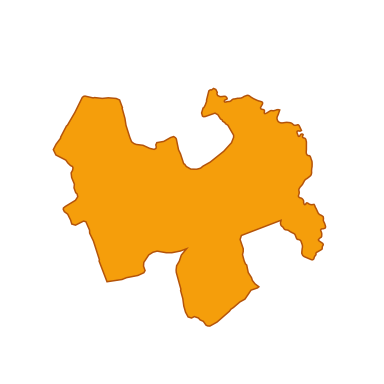 outline of Agua Blanca, Jutiapa, Guatemala, rotated 337°
{"feature_id": "79465075B57715659618061", "entity_name": "Agua Blanca", "entity_type": "district", "adm_level": 2, "iso_a3": "GTM", "parent_name": "Guatemala", "parent_adm1": "Jutiapa", "projection": "orthographic", "projection_center": [-89.553, 14.461], "detail": "fine", "context": "isolated", "style": "filled", "palette": "amber", "viewbox_px": 384, "rotation_deg": 337, "n_neighbors": 0, "source": "geoboundaries", "source_scale": "gbopen_adm2", "svg_char_len": 5815}
<svg xmlns="http://www.w3.org/2000/svg" viewBox="0 0 384 384"><g transform="rotate(337 192 192)"><path d="M255.1,115.2L253.3,113.2L253.3,111.3L254.2,110.2L254.0,106.9L252.3,105.1L249.9,105.7L248.7,105.1L247.0,105.5L241.2,113.2L241.0,114.1L238.0,117.3L235.8,119.0L235.0,119.0L231.7,123.0L231.3,126.2L231.9,127.1L233.5,127.7L244.0,128.4L246.0,131.0L246.8,135.9L247.9,137.4L247.9,138.8L249.4,141.1L249.5,142.2L251.1,144.5L252.5,155.9L251.7,157.9L247.6,162.1L237.2,166.9L220.4,171.6L212.2,172.5L209.2,173.4L205.3,172.9L199.9,170.5L196.7,166.3L196.1,163.5L195.4,162.7L196.3,152.3L196.1,147.9L198.3,137.0L198.0,135.6L196.8,133.8L193.6,133.5L185.8,134.4L178.9,132.8L177.1,134.5L176.7,136.6L175.8,137.8L173.8,138.0L170.1,135.3L165.2,129.9L159.2,126.4L157.4,124.6L156.0,122.1L156.1,117.4L157.3,104.8L159.0,98.1L160.4,87.7L160.9,87.3L161.3,79.0L158.8,76.3L151.8,72.6L146.0,70.8L139.2,67.0L137.8,66.8L131.0,61.9L129.6,61.6L127.9,62.1L115.3,73.0L103.5,81.8L102.2,82.2L92.5,90.2L92.1,91.1L85.7,94.8L80.9,98.8L81.2,104.8L88.3,113.3L89.1,116.9L90.5,120.2L91.9,121.8L91.9,123.3L90.5,125.4L88.2,127.2L86.9,131.6L86.8,138.8L85.0,142.1L84.7,147.2L85.5,148.9L85.0,151.7L81.5,154.1L69.8,155.8L67.4,156.5L66.7,157.7L66.8,160.2L68.9,163.8L69.3,170.3L68.8,174.5L71.8,177.0L80.8,176.4L82.7,177.9L82.8,187.0L81.7,189.9L82.1,198.6L80.3,218.1L79.5,219.3L78.7,241.4L93.4,245.2L98.4,245.3L109.6,247.7L116.1,247.5L118.1,246.0L118.4,241.3L120.1,238.0L127.6,233.0L132.5,232.2L136.8,232.8L144.5,237.8L149.6,240.0L158.3,241.8L164.8,242.1L157.5,245.9L153.3,250.7L149.0,253.9L146.9,257.6L146.1,259.9L143.8,277.1L143.0,278.3L141.9,286.5L139.9,293.7L139.1,300.1L139.6,305.5L142.3,307.8L145.5,307.6L148.7,310.5L149.5,312.9L151.9,315.5L152.9,320.1L154.1,321.4L156.1,322.4L164.3,321.5L179.8,316.4L182.0,315.1L185.1,314.5L193.2,311.9L198.9,311.3L208.0,305.4L214.8,305.9L216.5,305.4L214.1,301.1L213.0,297.0L213.3,294.1L212.3,288.1L213.8,280.6L213.1,279.1L213.1,275.8L214.0,269.4L215.9,266.8L217.0,264.2L217.7,254.5L220.5,251.3L262.9,252.8L262.4,253.6L261.8,254.3L261.2,255.3L261.0,256.4L260.9,257.4L261.1,258.2L261.6,259.1L261.9,259.6L262.2,260.9L262.3,261.8L262.7,262.7L263.3,263.3L264.5,264.0L265.5,264.7L266.0,265.4L266.5,266.3L267.6,267.8L269.1,269.5L269.9,270.5L270.2,271.5L270.1,274.6L270.1,275.9L270.5,276.8L271.5,277.4L272.1,277.9L272.8,278.7L273.0,279.4L273.1,280.1L273.0,280.9L272.9,283.1L272.7,284.4L272.4,285.3L271.9,286.3L271.1,287.5L269.9,289.7L269.5,290.5L269.1,291.3L269.1,292.5L269.1,293.3L269.3,294.0L269.6,294.6L270.1,295.4L274.9,300.4L275.5,301.0L276.3,301.5L277.1,301.5L278.1,301.1L278.8,300.1L279.3,299.6L280.0,299.0L280.6,298.8L281.4,298.3L281.8,297.8L282.1,296.8L283.2,296.2L283.9,296.2L288.4,295.6L289.5,295.3L290.0,294.4L290.6,293.2L291.2,292.7L292.0,292.1L292.4,291.4L292.2,290.3L289.9,286.7L289.6,286.0L289.7,285.3L290.7,284.8L291.4,284.5L292.6,284.1L293.3,284.1L294.1,283.4L294.5,282.5L295.1,281.3L295.4,279.8L295.4,278.9L295.4,277.7L295.7,277.0L296.8,276.6L297.8,276.9L298.8,277.2L299.5,277.2L300.3,277.3L301.0,276.8L301.5,275.8L301.6,274.9L301.8,272.6L301.7,271.5L301.7,270.7L301.7,269.7L302.0,269.0L302.3,268.4L302.7,267.7L302.9,267.0L303.1,265.9L302.0,264.1L300.7,262.7L300.0,261.2L299.9,260.2L299.8,257.1L299.8,256.0L299.6,254.4L299.6,253.8L299.6,253.1L299.7,252.4L299.5,251.1L298.6,250.8L297.9,250.7L297.1,250.4L296.1,249.8L295.3,249.1L294.8,248.4L294.2,247.4L293.4,246.8L292.5,247.0L291.9,247.7L290.9,247.8L290.5,247.2L290.5,246.3L290.6,245.3L291.0,244.5L291.3,243.6L291.2,242.5L290.9,241.5L290.4,240.5L289.6,239.9L288.8,239.2L288.2,237.9L288.5,237.1L290.4,234.7L290.8,233.4L291.0,232.2L291.4,231.3L292.2,230.6L293.3,229.8L294.6,229.2L295.5,228.8L296.4,228.3L296.9,228.0L297.6,227.4L298.9,226.4L299.6,225.8L300.4,225.2L301.0,225.0L301.8,224.7L302.9,224.6L304.1,224.3L306.3,223.7L307.5,223.3L308.3,222.8L308.9,222.1L309.6,221.1L309.9,220.3L310.2,219.5L310.5,218.8L311.0,217.9L311.7,216.6L312.1,216.1L312.5,215.4L313.5,213.2L313.8,212.4L314.3,211.1L314.5,209.7L314.5,208.3L314.7,206.8L314.7,205.2L314.1,204.3L313.4,204.0L312.9,203.6L312.4,202.7L312.3,201.7L312.4,201.0L312.6,200.2L313.0,199.4L314.0,197.4L316.0,192.7L316.7,191.1L317.0,190.2L317.1,189.2L317.3,188.4L317.3,187.7L316.9,186.6L316.0,185.9L315.5,185.5L315.2,184.9L315.4,184.1L315.8,183.6L316.7,182.7L316.5,182.0L315.8,181.5L314.7,181.4L314.1,181.7L313.7,182.1L312.8,182.7L311.8,182.4L311.7,181.7L311.8,178.9L311.9,178.1L312.3,177.4L312.8,177.1L313.7,177.2L314.6,177.9L315.7,178.3L316.8,178.1L316.6,173.4L316.5,172.6L316.1,171.7L315.3,171.3L314.4,171.3L313.5,171.1L312.5,170.7L311.9,170.2L311.2,168.8L310.9,168.1L310.1,167.1L309.2,166.4L308.3,165.9L307.2,165.3L306.2,164.8L305.5,164.6L304.1,164.2L302.8,163.9L302.2,163.7L300.8,163.1L299.8,162.2L299.4,161.7L298.8,160.6L298.7,159.5L298.7,158.9L298.8,158.1L299.1,157.1L299.7,156.2L300.6,155.3L301.7,154.3L303.0,152.8L304.8,150.8L304.1,150.2L303.4,149.8L302.5,149.5L301.7,149.4L300.9,149.4L299.6,149.2L298.9,149.1L298.3,148.9L297.4,148.3L296.5,147.9L295.3,147.9L291.7,148.5L290.2,148.5L289.5,148.2L289.4,147.6L289.7,146.7L290.4,145.8L290.5,144.8L290.0,144.1L289.3,143.6L288.4,143.0L287.9,142.3L287.9,141.3L288.6,140.6L289.3,140.1L290.2,139.4L291.2,138.6L291.6,138.1L291.9,137.2L291.5,136.2L290.7,135.6L289.6,134.6L288.9,134.2L288.4,133.6L287.8,133.1L285.1,130.1L283.5,127.9L282.5,126.2L282.0,125.5L281.2,124.8L280.0,124.5L278.7,124.5L277.9,124.4L277.2,124.4L276.1,124.6L275.4,124.7L274.6,124.7L273.9,124.7L272.9,124.4L272.3,124.2L271.7,124.0L270.8,123.6L268.8,123.2L268.0,123.1L266.5,122.6L265.4,122.6L264.7,122.8L263.8,123.2L263.2,123.3L262.2,123.4L261.3,123.1L260.7,122.9L259.4,122.5L258.7,122.5L257.5,122.2L257.1,121.4L257.7,120.4L258.3,120.2L259.5,120.2L260.8,120.0L260.9,118.9L260.8,118.3L260.2,117.1L259.2,116.5L258.2,116.2L257.0,115.9L255.1,115.2Z" fill="#f59e0b" stroke="#b45309" stroke-width="1.5"/></g></svg>